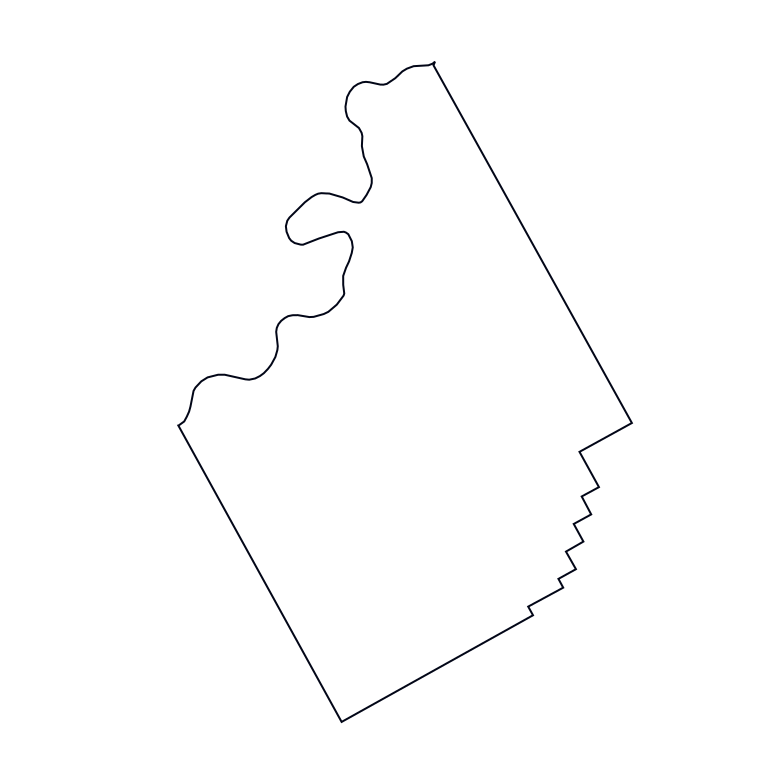 outline of Washington, Nebraska, United States of America, rotated 241°
{"feature_id": "52423323B46831749537882", "entity_name": "Washington", "entity_type": "district", "adm_level": 2, "iso_a3": "USA", "parent_name": "United States of America", "parent_adm1": "Nebraska", "projection": "equal_earth", "projection_center": [-96.073, 41.537], "detail": "fine", "context": "isolated", "style": "outline", "palette": "ink", "viewbox_px": 768, "rotation_deg": 241, "n_neighbors": 0, "source": "geoboundaries", "source_scale": "gbopen_adm2", "svg_char_len": 1594}
<svg xmlns="http://www.w3.org/2000/svg" viewBox="0 0 768 768"><g transform="rotate(241 384 384)"><path d="M641.2,584.9L640.6,581.9L641.2,577.4L647.6,564.0L648.7,556.9L648.5,551.6L646.0,542.1L645.1,532.0L646.1,528.6L647.7,525.9L654.8,517.8L657.0,514.7L658.3,511.6L659.0,506.6L658.6,501.6L656.2,495.8L652.9,490.9L645.3,484.8L641.2,482.9L635.8,481.4L631.1,481.5L620.0,486.2L614.5,486.2L611.2,485.2L602.8,480.0L592.8,476.6L584.4,475.8L570.0,473.1L565.7,470.7L562.6,467.8L557.8,460.4L554.4,453.5L554.2,451.5L554.8,449.8L558.2,445.2L567.2,438.3L577.1,428.5L578.9,425.5L581.3,421.7L582.4,418.6L582.7,415.6L582.6,411.3L581.3,402.9L575.4,382.0L573.7,378.6L569.6,374.7L564.4,372.6L557.6,371.8L554.3,372.3L550.6,374.2L546.3,378.7L545.1,380.7L542.8,397.6L539.0,417.4L536.6,422.7L535.0,424.1L532.3,425.4L524.5,425.1L518.6,422.9L514.2,419.3L508.2,412.9L504.1,407.2L498.3,400.7L490.5,396.4L482.4,393.1L480.9,391.5L476.3,381.2L474.1,370.3L474.4,365.2L476.8,355.1L478.7,351.2L486.0,342.0L488.5,337.3L489.8,333.1L489.8,329.0L489.1,324.7L487.5,320.7L485.0,317.4L481.9,315.0L468.5,309.4L465.4,307.2L460.3,302.1L455.6,294.7L453.5,289.9L451.7,284.1L451.1,279.3L451.3,274.0L453.1,268.2L455.3,265.0L469.4,249.1L472.5,243.5L475.3,232.9L474.9,225.5L472.3,217.4L470.3,214.1L458.1,203.8L454.4,200.2L451.1,195.8L448.1,191.1L447.3,184.4L447.4,184.0L109.0,183.1L109.5,402.2L119.4,402.2L119.0,442.0L129.0,442.1L129.0,462.1L149.2,461.9L149.5,482.0L169.6,482.1L169.5,502.0L189.8,502.4L189.6,522.0L229.9,522.1L229.7,581.9L330.7,581.9L509.6,581.9L638.7,581.8L641.2,584.9Z" fill="none" stroke="#020617" stroke-width="2"/></g></svg>